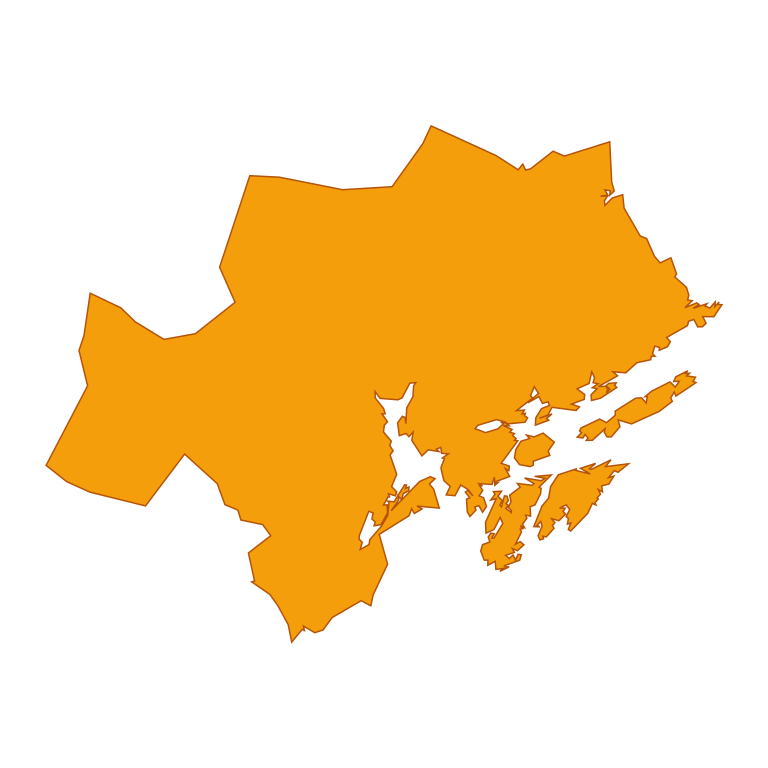 Tvedestrand nor, Aust-Agder, Norway (Mercator projection)
{"feature_id": "86288312B79556045752597", "entity_name": "Tvedestrand nor", "entity_type": "district", "adm_level": 2, "iso_a3": "NOR", "parent_name": "Norway", "parent_adm1": "Aust-Agder", "projection": "mercator", "projection_center": [9.012, 58.625], "detail": "fine", "context": "isolated", "style": "filled", "palette": "amber", "viewbox_px": 768, "rotation_deg": 0, "n_neighbors": 0, "source": "geoboundaries", "source_scale": "gbopen_adm2", "svg_char_len": 6129}
<svg xmlns="http://www.w3.org/2000/svg" viewBox="0 0 768 768"><path d="M614.2,191.0L611.7,182.0L609.7,141.8L564.3,156.1L553.1,151.2L530.6,168.8L525.6,170.1L522.8,164.1L518.2,169.8L495.9,155.5L431.1,125.9L422.8,143.7L392.1,186.7L342.5,189.7L279.2,177.2L249.8,175.7L219.6,267.2L235.1,302.3L195.4,333.7L164.0,339.4L135.2,321.8L120.9,307.9L90.2,293.2L84.0,335.5L79.0,350.5L87.6,385.8L46.1,465.4L66.8,481.7L90.1,492.2L145.5,505.9L184.6,454.1L217.2,483.6L225.0,504.7L237.9,510.1L240.9,520.0L262.7,524.6L270.7,535.7L248.4,553.0L254.6,581.1L251.7,581.9L269.8,594.4L277.7,605.4L288.2,624.6L291.7,642.1L302.2,629.4L304.4,630.5L303.4,626.0L314.8,632.7L323.0,630.0L332.2,617.5L361.1,600.7L370.8,605.8L373.1,595.0L387.6,564.2L379.2,534.4L409.1,515.7L411.6,508.7L414.3,513.5L422.1,508.9L417.0,506.1L439.3,508.1L433.6,489.0L429.4,484.0L435.1,478.7L430.4,476.7L419.6,481.5L391.2,510.8L398.7,500.1L398.1,495.8L401.6,499.9L403.2,493.7L408.7,490.7L409.0,487.0L405.4,488.5L406.5,485.1L404.6,484.8L394.1,501.8L387.5,501.1L389.0,502.4L387.8,515.4L381.2,526.5L369.8,539.6L369.0,544.6L360.2,549.5L362.2,542.4L359.0,539.0L359.5,535.0L368.8,511.3L373.1,512.9L371.9,519.0L375.2,522.0L374.1,525.8L381.0,524.6L387.5,513.1L387.2,504.8L383.5,505.0L388.8,495.6L389.8,497.6L388.4,493.7L395.4,495.9L396.7,491.8L391.6,486.6L396.7,474.3L390.1,455.0L393.1,450.8L389.8,445.5L391.3,441.2L383.5,432.0L384.3,425.2L387.5,421.8L382.0,413.9L385.2,413.8L383.6,408.5L375.2,397.9L375.1,391.6L380.1,398.4L397.9,399.8L402.1,397.9L409.8,383.2L415.8,382.6L413.6,385.9L412.9,396.7L406.7,407.9L405.9,423.7L405.0,417.4L402.4,416.3L397.6,422.8L399.3,435.7L406.1,433.5L408.9,436.7L413.1,432.1L411.8,440.4L421.9,455.9L428.3,449.8L439.0,451.6L436.4,449.1L440.7,447.4L441.7,453.3L448.3,453.9L442.4,458.0L444.4,458.7L440.9,467.9L443.8,480.5L450.2,486.4L446.2,494.9L455.0,495.7L460.7,484.9L468.1,489.6L472.9,495.8L467.9,490.4L465.3,492.1L469.8,497.8L466.5,499.1L467.3,511.8L469.9,516.5L476.0,510.0L474.7,507.0L478.9,505.7L482.6,512.2L486.5,506.5L483.6,497.8L479.1,495.8L482.7,490.4L479.5,485.4L482.5,485.9L479.3,483.7L492.0,484.4L494.4,477.2L494.9,485.3L497.9,482.6L495.3,483.1L496.2,481.4L509.7,476.5L505.4,468.6L508.8,470.7L509.4,466.2L501.2,463.3L517.8,440.8L514.5,440.3L516.1,438.5L512.6,435.5L514.4,433.6L509.8,432.2L512.1,429.5L503.2,425.5L509.2,425.8L504.9,422.2L500.7,422.2L503.6,423.5L498.0,428.8L485.6,432.6L475.1,428.7L477.9,425.3L496.7,419.6L505.4,422.1L507.6,423.9L525.0,422.2L527.6,417.8L524.5,415.7L525.3,413.3L522.0,413.9L524.4,410.1L516.5,410.6L532.7,398.0L530.5,395.7L534.3,386.7L538.5,393.4L527.9,402.8L538.9,396.6L542.5,403.4L548.0,401.8L549.5,405.4L541.5,408.6L535.8,417.8L535.4,425.2L548.7,420.2L546.5,418.5L552.0,414.0L539.3,418.3L547.9,415.0L552.0,407.3L576.0,410.5L579.5,406.9L571.5,404.1L584.2,399.4L584.7,394.5L577.0,388.8L589.0,383.5L591.8,371.9L594.5,377.6L593.1,382.7L598.1,383.7L592.3,387.7L597.1,388.7L591.1,394.7L591.5,400.5L600.5,398.2L616.8,387.5L614.6,385.4L616.2,382.8L608.7,383.4L606.0,385.7L609.9,389.3L606.3,392.7L607.9,389.1L605.8,386.3L598.5,386.5L617.6,375.8L612.9,371.8L625.8,372.8L636.7,362.8L650.7,359.7L651.3,356.2L655.0,356.2L652.5,353.8L654.7,346.2L659.4,347.3L659.2,350.3L667.5,346.7L670.3,341.7L666.6,337.5L687.5,325.6L688.5,321.3L693.9,319.5L697.7,326.9L702.6,326.7L706.1,323.1L702.7,316.6L713.9,316.7L721.9,304.7L718.1,304.5L719.0,302.0L714.9,306.6L715.2,301.9L710.0,308.0L705.0,306.1L707.0,303.7L693.2,308.3L699.1,304.6L696.7,302.9L685.0,307.6L692.2,300.7L687.6,300.0L688.8,295.1L686.5,287.4L674.7,276.9L676.6,274.0L670.9,257.8L660.1,262.9L654.4,256.2L646.6,238.5L640.2,236.0L624.1,208.1L622.7,194.7L612.3,198.0L604.9,205.4L604.4,201.1L607.5,195.9L600.5,196.3L607.7,195.0L604.9,189.9L610.4,190.8L609.6,195.3L614.2,191.0ZM611.0,459.8L591.6,469.3L589.4,468.8L595.6,463.4L580.5,468.3L590.3,474.0L575.3,470.3L576.8,468.7L558.3,474.8L550.6,486.6L548.6,498.1L542.0,506.1L533.8,526.6L539.9,526.9L537.0,525.4L540.7,521.4L542.1,526.0L538.1,535.8L540.0,540.0L543.6,538.7L542.8,536.2L546.3,536.9L554.0,528.3L552.3,525.4L554.9,522.8L551.6,518.7L558.9,520.7L565.5,514.2L563.1,511.5L565.2,508.2L559.6,508.1L566.1,504.8L569.7,509.4L566.2,516.6L568.4,518.5L567.4,524.1L570.9,523.0L568.3,529.5L570.7,531.0L587.6,513.5L592.4,503.3L596.0,505.0L595.0,502.7L598.3,499.0L597.0,497.9L600.5,494.2L598.2,489.4L602.5,491.9L601.7,485.8L608.8,484.1L613.9,476.0L608.5,477.7L614.3,470.6L618.0,472.3L628.5,463.8L605.5,466.6L611.0,459.8ZM551.3,475.0L534.7,476.4L545.1,478.3L541.3,480.7L524.6,478.0L534.1,483.6L532.1,485.3L517.3,483.4L520.2,487.2L509.7,495.2L511.0,501.6L508.3,507.6L511.4,510.5L511.3,512.5L505.9,508.5L508.2,505.2L506.0,503.7L508.4,500.6L507.0,496.2L504.4,495.9L501.5,506.8L499.8,505.1L502.3,500.4L497.9,496.4L501.5,491.2L493.4,491.6L495.0,494.3L490.7,500.0L496.2,498.7L485.5,522.3L486.0,533.1L494.0,529.5L500.2,517.4L502.8,523.4L494.1,538.0L491.9,538.0L494.3,533.7L490.7,533.1L488.2,537.1L489.9,542.0L482.6,544.6L480.7,551.0L484.3,560.2L487.9,560.1L487.8,565.3L495.2,561.3L495.9,569.4L503.0,568.4L499.9,571.3L509.1,566.9L505.3,566.9L504.4,565.7L519.7,560.2L521.3,554.8L518.1,554.3L515.5,559.9L513.1,555.0L509.2,558.5L505.6,555.3L514.4,552.4L512.3,548.5L517.4,550.7L523.9,544.8L520.2,541.6L515.4,544.2L521.5,531.9L520.2,529.2L522.9,528.6L520.2,526.0L524.5,527.6L522.4,524.2L526.9,518.2L525.6,515.2L530.6,516.1L530.1,506.7L534.9,505.0L540.6,493.7L541.1,488.3L539.0,487.2L551.3,475.0ZM687.8,370.8L675.8,376.8L673.7,381.5L679.3,381.3L675.3,387.1L670.0,381.9L651.7,391.1L645.1,396.6L647.3,396.5L646.2,403.0L641.6,397.8L635.6,398.2L615.2,411.1L615.3,415.3L606.4,422.7L599.7,419.1L581.0,428.0L579.6,430.9L581.5,432.7L577.2,437.1L583.0,438.0L585.0,434.5L588.1,437.9L586.2,440.4L592.4,440.3L605.1,428.7L604.3,432.2L606.9,436.8L611.3,436.9L619.9,426.8L618.2,419.9L631.5,423.9L659.2,411.4L672.3,401.4L670.7,397.8L674.3,391.9L675.9,396.1L696.0,382.6L693.0,381.4L695.5,377.2L686.6,375.9L689.5,373.3L685.4,373.5L687.8,370.8ZM543.1,433.1L534.2,436.9L526.6,435.1L529.5,438.5L520.9,441.3L515.9,449.5L514.4,457.8L519.5,464.6L530.1,466.6L533.3,465.2L533.2,461.3L549.8,455.4L548.2,451.0L554.3,442.2L543.1,433.1Z" fill="#f59e0b" stroke="#b45309" stroke-width="1.5"/></svg>